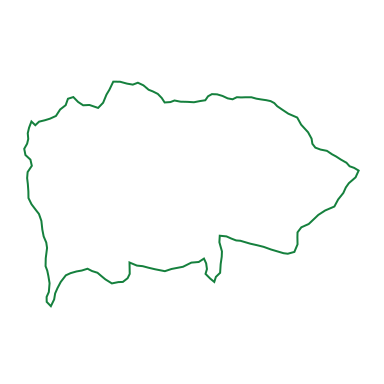 Tupi Paulista, São Paulo, Brazil (Robinson projection), rotated 179°
{"feature_id": "56859067B94686209364934", "entity_name": "Tupi Paulista", "entity_type": "district", "adm_level": 2, "iso_a3": "BRA", "parent_name": "Brazil", "parent_adm1": "São Paulo", "projection": "robinson", "projection_center": [-51.584, -21.384], "detail": "fine", "context": "isolated", "style": "outline", "palette": "green", "viewbox_px": 384, "rotation_deg": 179, "n_neighbors": 0, "source": "geoboundaries", "source_scale": "gbopen_adm2", "svg_char_len": 2108}
<svg xmlns="http://www.w3.org/2000/svg" viewBox="0 0 384 384"><g transform="rotate(179 192 192)"><path d="M351.3,265.3L353.8,259.1L355.2,253.6L354.8,247.9L356.0,243.2L359.0,238.1L357.9,231.9L353.0,227.2L351.7,221.0L356.0,214.8L356.6,208.8L356.0,202.8L355.6,195.5L355.6,188.8L352.7,182.6L348.7,177.1L345.4,172.7L343.1,165.7L342.3,157.0L341.1,150.2L338.6,144.0L337.9,138.6L338.7,133.1L339.4,128.3L339.7,120.4L338.1,115.9L337.1,110.7L336.0,103.2L336.9,94.5L339.2,89.6L339.2,84.7L335.1,80.3L331.7,87.0L330.6,93.0L328.2,98.2L324.8,104.4L319.6,110.9L314.8,113.0L308.8,114.6L303.6,115.4L297.8,117.1L293.3,114.7L287.9,112.9L284.5,109.9L280.2,106.2L273.7,102.0L267.2,103.2L262.7,103.3L257.9,106.9L255.7,111.2L255.7,122.6L248.4,119.4L242.6,118.7L237.0,117.1L230.3,115.4L220.5,113.3L213.8,115.4L202.3,117.4L193.9,121.4L186.5,121.9L181.2,125.2L179.1,120.4L178.4,114.7L179.9,109.9L175.4,105.2L171.3,101.7L169.6,106.7L165.3,110.7L164.6,119.4L163.4,126.8L163.1,132.1L165.5,141.3L165.0,147.8L158.3,147.0L153.6,144.8L148.7,142.8L144.5,142.4L134.6,139.3L127.6,137.6L121.3,135.9L113.9,133.1L101.5,129.2L97.3,128.6L90.7,130.3L87.4,137.8L87.4,145.0L87.2,149.8L83.3,154.8L75.8,158.0L66.1,166.9L59.2,171.2L49.9,175.0L46.0,182.0L40.7,188.4L38.1,193.9L35.0,198.1L28.2,203.8L25.0,210.5L29.5,213.3L34.0,215.0L37.0,218.5L42.4,221.7L47.3,225.0L51.4,227.3L56.4,230.8L62.8,232.2L67.9,234.2L70.8,238.1L71.5,243.2L74.9,249.7L81.7,257.4L85.5,264.6L94.3,268.6L100.1,272.6L105.3,276.3L108.2,279.5L111.8,281.5L116.1,282.5L121.0,283.3L126.0,284.2L131.0,285.7L136.4,285.8L141.1,285.7L145.5,286.0L149.8,284.0L154.7,285.0L159.8,287.5L165.2,289.2L170.4,289.5L174.3,287.4L177.1,283.5L182.3,282.8L188.5,281.7L194.8,282.2L201.9,282.5L207.9,283.8L212.0,282.3L217.8,282.0L220.6,286.5L224.5,290.7L229.5,293.3L233.6,295.0L238.7,299.5L244.2,302.2L249.3,300.4L255.1,301.5L262.0,303.5L268.8,303.7L272.8,295.7L275.8,290.9L279.3,282.8L284.4,277.7L293.0,280.8L299.3,280.6L304.3,284.0L309.0,289.0L314.4,287.4L316.8,281.0L322.4,276.8L326.7,270.4L332.7,267.8L337.9,266.3L343.7,265.0L347.5,261.5L351.3,265.3Z" fill="none" stroke="#15803d" stroke-width="2"/></g></svg>